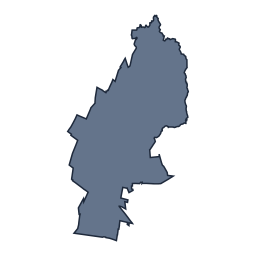 Mineral de la Reforma, Hidalgo, Mexico
{"feature_id": "50627088B38454753665522", "entity_name": "Mineral de la Reforma", "entity_type": "district", "adm_level": 2, "iso_a3": "MEX", "parent_name": "Mexico", "parent_adm1": "Hidalgo", "projection": "equal_earth", "projection_center": [-98.711, 20.061], "detail": "fine", "context": "isolated", "style": "filled", "palette": "slate", "viewbox_px": 256, "rotation_deg": 0, "n_neighbors": 0, "source": "geoboundaries", "source_scale": "gbopen_adm2", "svg_char_len": 5534}
<svg xmlns="http://www.w3.org/2000/svg" viewBox="0 0 256 256"><path d="M186.9,59.7L186.3,59.1L186.0,58.8L185.9,57.8L185.8,57.5L185.8,56.7L185.6,56.3L185.3,56.1L184.3,55.5L184.0,54.9L183.9,54.7L183.7,54.3L183.1,54.2L182.8,54.2L181.2,53.9L181.0,52.8L180.6,51.8L179.6,50.1L179.3,49.6L179.3,49.0L180.2,47.3L180.2,46.9L180.2,46.6L180.0,46.2L179.4,45.6L178.9,45.3L178.7,45.0L179.0,43.4L179.0,43.1L177.2,42.1L176.2,41.8L175.3,41.7L175.4,40.9L175.5,40.6L175.4,39.4L175.3,39.2L175.0,39.1L172.7,38.6L171.9,39.0L171.3,39.1L170.5,39.5L170.1,39.6L169.9,39.4L169.7,38.9L169.4,38.7L168.7,38.8L168.5,38.7L168.1,38.3L167.7,38.0L167.2,38.4L166.9,39.2L166.8,39.4L166.6,39.4L166.2,39.2L165.9,39.2L165.8,39.7L165.5,40.0L165.0,40.8L164.6,40.9L164.1,40.7L163.7,40.4L163.3,40.2L164.3,36.0L163.2,35.9L163.2,35.2L163.0,34.7L162.4,34.0L162.0,33.1L161.0,32.8L160.3,32.4L159.7,31.8L159.4,31.4L159.5,31.0L159.7,30.6L160.1,30.2L160.3,29.7L160.1,29.3L159.5,28.9L159.1,27.9L159.1,27.2L159.4,26.4L160.4,25.1L160.5,24.5L159.9,23.4L159.5,22.8L158.3,20.7L158.1,20.1L158.0,19.5L158.1,18.9L158.2,18.7L158.1,18.4L157.2,17.6L156.3,16.1L156.6,16.3L156.8,16.2L156.7,15.6L156.3,15.4L156.1,15.4L155.9,15.5L155.3,16.1L155.0,16.3L154.7,16.2L154.5,15.8L154.2,16.2L153.8,16.7L153.5,17.2L153.4,18.0L153.4,18.4L153.6,19.6L153.6,20.0L153.4,20.5L153.1,20.9L152.8,21.1L152.4,21.1L152.1,20.9L151.8,20.9L151.6,21.0L151.6,22.5L151.4,22.7L151.2,22.7L150.2,22.7L149.9,22.8L149.8,23.0L149.8,23.3L149.9,24.1L149.9,25.0L149.6,25.6L148.9,26.4L148.8,26.7L148.6,27.0L147.7,27.0L146.8,26.2L146.2,25.3L145.9,25.3L145.5,26.0L145.3,27.0L144.9,27.5L144.6,27.6L144.0,27.2L143.6,27.1L143.0,27.0L142.6,27.0L141.8,27.3L141.5,27.3L141.3,27.2L141.3,26.3L141.3,26.0L141.2,25.6L141.0,25.3L140.7,24.9L140.3,24.7L140.1,24.8L140.0,25.0L140.0,26.0L139.8,26.6L139.7,26.9L139.3,27.5L138.9,27.6L138.0,27.7L137.4,27.9L137.2,27.9L137.1,28.1L137.0,28.3L137.0,29.1L136.8,29.7L136.7,30.0L136.4,30.1L135.9,30.1L134.2,30.1L132.1,30.1L131.6,34.1L131.3,35.0L131.6,35.3L131.8,35.8L131.9,36.6L132.0,37.9L132.1,38.4L132.4,38.7L132.6,38.7L134.3,38.4L134.8,38.5L135.6,38.3L135.8,38.1L136.2,37.6L136.4,37.4L136.8,37.5L137.0,38.0L136.9,38.4L136.7,38.7L136.3,39.3L135.6,39.9L135.3,40.4L134.3,43.5L134.2,43.9L134.2,44.2L134.3,44.6L134.8,45.5L135.0,45.8L135.9,46.7L136.2,47.1L136.3,47.4L136.3,47.8L136.3,48.2L133.2,53.3L132.5,54.5L130.1,65.4L129.9,65.9L129.8,66.1L129.5,66.4L128.2,67.3L126.9,63.6L125.2,58.3L124.1,60.1L123.5,61.4L120.1,67.0L120.9,67.6L118.5,70.3L115.1,81.4L112.9,79.5L111.8,82.4L110.6,84.9L109.6,87.1L108.2,90.4L107.5,90.2L106.6,91.6L106.1,91.3L105.8,92.6L103.1,90.9L102.7,90.4L101.7,89.8L100.2,89.1L97.0,87.3L95.3,97.6L95.0,102.3L95.0,103.2L90.9,107.8L90.4,109.3L86.3,118.9L79.4,116.0L77.0,114.9L75.2,118.9L73.1,122.9L70.9,126.9L69.2,129.2L67.7,131.5L71.4,134.2L70.9,135.3L77.7,140.3L76.1,144.5L74.4,148.7L72.5,153.4L69.2,165.0L73.2,168.1L71.6,179.2L72.8,180.0L72.5,180.6L72.8,180.9L75.1,182.5L82.8,188.3L84.0,189.3L85.9,190.5L88.1,192.2L83.8,201.7L83.5,198.6L82.1,201.1L78.4,207.9L79.1,214.4L80.1,214.2L79.7,215.8L79.0,221.3L78.6,224.9L77.7,228.6L74.0,233.2L102.5,237.2L103.6,236.8L105.7,237.1L105.9,237.6L109.4,238.2L112.6,239.2L116.4,240.6L117.3,234.7L117.5,234.7L118.2,229.1L118.8,229.2L119.4,225.5L119.3,225.4L119.9,220.7L127.5,222.4L127.3,224.5L128.7,225.3L128.9,225.5L129.1,222.8L132.5,223.5L132.1,222.9L130.6,221.1L125.5,214.3L119.2,206.5L119.2,206.2L120.2,206.3L121.8,206.8L125.7,209.0L124.8,201.7L127.5,202.4L127.9,199.9L120.8,198.0L122.8,187.4L126.8,188.2L127.1,188.1L129.0,192.6L133.0,190.4L132.8,189.3L131.6,189.0L131.5,186.1L132.4,186.0L132.4,183.5L135.2,183.4L139.6,183.6L140.3,182.8L140.9,182.2L141.4,182.5L142.2,182.3L142.1,183.3L142.4,183.0L142.2,183.4L146.6,183.4L154.3,183.8L158.3,183.8L160.8,183.6L168.3,179.2L173.2,176.1L167.6,175.4L167.2,172.5L164.7,168.0L163.7,166.3L162.4,165.2L161.5,162.7L159.1,154.1L159.3,156.6L150.3,157.5L149.7,149.9L149.8,149.9L155.3,141.6L154.6,139.0L154.3,138.7L154.2,138.3L154.5,137.4L155.4,137.4L156.0,137.5L156.5,137.6L157.6,137.0L159.0,136.0L159.8,134.7L160.4,133.9L160.8,133.0L161.1,131.6L161.4,131.2L162.2,130.9L162.3,130.3L162.3,129.8L162.1,129.5L162.0,129.4L162.3,128.6L162.5,128.2L163.7,127.5L165.0,126.2L166.2,125.8L166.6,125.8L166.9,125.9L167.1,126.1L167.3,126.4L167.4,126.5L167.6,126.6L168.2,126.6L168.4,127.3L168.7,127.1L169.5,127.0L170.1,127.0L171.7,127.0L172.0,127.0L173.4,127.1L174.2,127.5L174.8,127.4L175.2,127.2L175.6,127.2L175.9,127.0L176.1,126.8L176.6,126.8L177.0,126.6L177.4,126.5L178.5,126.5L179.6,125.9L180.0,125.4L180.3,124.9L181.1,124.3L182.3,124.1L182.9,124.0L183.9,123.2L184.5,123.0L185.2,123.2L185.6,123.4L185.9,123.4L185.8,121.6L185.8,121.1L185.9,120.8L186.6,120.7L186.9,119.5L186.7,119.2L186.3,119.1L186.1,119.2L186.4,118.5L186.6,118.4L186.9,118.1L187.3,117.8L187.5,117.5L187.8,117.4L187.7,116.1L187.0,114.1L186.6,112.5L186.7,111.8L186.4,111.3L186.3,110.8L186.1,109.4L186.1,108.7L186.1,108.3L186.2,107.6L186.4,106.7L186.3,105.7L185.7,104.6L185.0,102.2L184.9,100.2L185.4,99.3L185.7,98.2L185.9,97.8L186.4,97.2L186.5,96.4L187.1,95.8L187.3,95.1L187.5,93.5L187.6,92.8L187.8,92.4L188.1,92.2L188.3,91.5L187.5,89.3L187.4,88.6L187.1,88.2L186.9,87.8L186.9,87.3L187.0,86.9L187.2,86.1L187.2,84.3L187.0,83.6L186.9,83.4L186.5,83.5L186.4,83.3L186.5,82.2L185.9,82.0L185.7,81.8L185.7,80.3L185.5,79.4L185.6,78.7L186.0,78.0L186.2,77.7L185.9,75.6L185.6,75.3L185.5,74.9L185.3,74.6L185.3,74.2L185.1,73.7L184.3,73.0L184.2,72.6L184.9,70.8L185.8,69.2L186.6,68.2L187.1,67.4L187.0,67.1L186.9,59.9L186.9,59.7Z" fill="#64748b" stroke="#1e293b" stroke-width="1.5"/></svg>